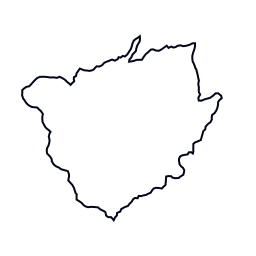 Apiúna, Santa Catarina, Brazil (Mercator projection), rotated 79°
{"feature_id": "56859067B74318633317115", "entity_name": "Apiúna", "entity_type": "district", "adm_level": 2, "iso_a3": "BRA", "parent_name": "Brazil", "parent_adm1": "Santa Catarina", "projection": "mercator", "projection_center": [-49.375, -27.12], "detail": "fine", "context": "isolated", "style": "outline", "palette": "ink", "viewbox_px": 256, "rotation_deg": 79, "n_neighbors": 0, "source": "geoboundaries", "source_scale": "gbopen_adm2", "svg_char_len": 3118}
<svg xmlns="http://www.w3.org/2000/svg" viewBox="0 0 256 256"><g transform="rotate(79 128 128)"><path d="M153.7,58.8L145.5,54.7L144.0,52.4L141.4,51.5L139.3,48.7L138.0,45.9L135.7,44.1L133.5,43.8L131.3,43.0L129.9,40.2L127.7,38.0L125.2,36.4L122.4,35.2L119.7,34.6L118.2,33.1L116.6,30.3L114.1,30.4L111.2,32.8L110.7,35.4L112.6,38.5L114.1,41.8L114.3,45.2L114.6,48.0L115.2,50.8L114.5,53.3L111.7,53.2L109.0,50.8L106.3,51.6L104.2,51.3L101.9,50.7L98.9,50.7L96.9,50.2L94.9,49.3L92.6,49.5L90.0,49.5L87.8,49.5L85.6,49.7L83.4,49.8L81.7,50.5L79.6,50.7L77.5,51.1L75.0,51.8L72.6,51.7L69.4,51.1L66.3,49.6L63.5,47.9L60.5,46.6L57.6,46.0L57.2,48.6L58.1,51.8L58.4,55.4L58.2,58.2L56.9,60.5L56.8,63.7L57.6,65.7L57.7,68.1L56.3,70.1L57.1,72.9L54.6,74.3L55.8,77.0L57.1,79.8L58.1,82.8L57.3,85.8L55.6,88.3L55.4,90.5L56.5,92.3L57.7,94.3L59.0,96.6L60.9,98.7L63.7,101.4L63.1,104.4L62.8,106.5L63.2,109.4L63.3,112.2L63.1,114.3L60.9,113.4L59.8,111.7L58.2,110.5L56.5,109.3L55.2,107.3L53.8,105.5L51.6,104.7L49.1,103.4L47.3,101.9L45.0,99.9L42.3,99.1L40.2,98.9L41.3,101.1L42.2,103.6L43.4,105.7L45.8,107.4L48.5,108.7L50.8,110.0L52.9,112.0L54.7,113.7L56.1,115.3L57.2,117.5L56.2,119.3L57.5,121.9L56.7,123.7L58.4,124.9L59.4,128.0L57.8,130.6L58.3,133.2L58.8,135.9L59.4,138.8L61.4,141.4L62.2,144.4L61.5,147.0L62.6,148.8L64.0,150.4L64.5,152.3L64.6,154.9L63.8,157.2L63.0,160.0L60.5,163.9L62.1,165.6L64.4,168.0L67.2,169.2L67.7,171.3L69.6,171.9L71.9,171.9L73.1,174.0L74.7,176.1L72.9,177.4L70.7,179.3L68.4,180.8L66.3,183.2L64.7,185.4L65.2,188.2L64.0,191.7L63.6,194.6L62.6,197.5L61.6,200.9L61.0,204.9L61.7,207.8L62.9,209.7L64.5,212.0L66.5,214.6L68.2,217.0L68.2,219.8L69.4,222.6L70.8,224.7L72.7,224.9L75.7,225.7L79.1,225.3L81.2,224.2L83.5,223.3L85.8,222.0L87.3,220.6L89.0,218.4L89.9,215.6L90.6,213.1L92.7,211.9L94.7,210.3L97.9,208.9L100.5,209.9L102.7,210.4L105.7,210.7L108.5,209.9L110.8,209.2L112.7,208.2L114.7,206.4L117.1,204.8L118.5,206.1L121.3,207.4L124.8,207.3L127.5,208.1L130.2,209.5L132.5,211.4L134.8,212.1L137.6,212.3L141.2,209.9L143.8,208.9L146.4,209.1L150.0,207.6L152.0,205.8L153.7,203.3L155.6,201.7L157.5,198.0L158.8,195.3L161.8,194.8L164.1,195.0L166.3,196.0L168.2,196.6L170.3,195.3L173.3,193.5L176.4,192.5L178.8,192.2L181.7,191.9L183.5,191.0L185.7,191.6L188.5,192.1L190.9,189.5L192.9,187.6L195.0,186.5L196.7,184.9L198.1,182.4L198.4,179.1L199.3,175.6L200.2,172.6L202.1,171.2L203.7,169.3L204.9,167.6L206.3,166.2L209.8,166.2L211.7,164.5L212.3,161.6L215.8,159.6L213.4,157.9L211.7,155.6L209.3,154.9L208.5,151.5L206.3,150.1L205.1,146.6L204.5,142.9L202.8,141.1L201.0,138.4L198.9,136.5L198.0,134.6L198.8,131.9L196.7,130.5L197.4,128.0L197.1,126.0L197.1,123.1L196.4,120.7L195.9,118.2L193.6,116.0L192.4,114.5L192.0,112.3L192.7,109.3L193.9,106.3L192.5,104.5L191.1,102.1L188.1,101.2L185.2,100.4L182.9,99.8L182.9,97.5L183.6,94.8L185.3,93.7L186.4,90.8L186.7,87.6L185.7,85.9L184.5,82.7L182.2,81.5L180.2,80.8L177.6,81.6L175.8,83.2L173.4,84.3L170.0,84.2L167.7,83.7L165.8,82.1L165.2,79.8L165.2,77.3L165.3,74.5L163.5,72.9L163.8,70.6L165.4,69.2L163.4,68.3L161.4,68.0L158.3,67.3L156.1,66.9L154.9,64.9L154.5,62.3L153.7,58.8Z" fill="none" stroke="#020617" stroke-width="2"/></g></svg>